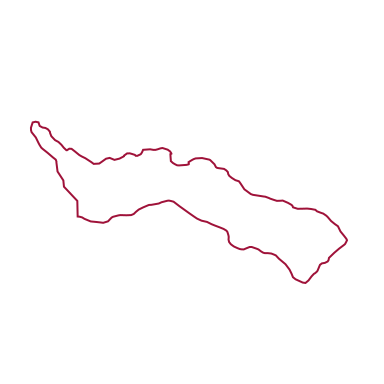 the district of Agion Oros, Ayion Oros, Greece, rotated 335°
{"feature_id": "26713481B40019078264500", "entity_name": "Agion Oros", "entity_type": "district", "adm_level": 2, "iso_a3": "GRC", "parent_name": "Greece", "parent_adm1": "Ayion Oros", "projection": "albers", "projection_center": [24.188, 40.281], "detail": "fine", "context": "isolated", "style": "outline", "palette": "rose", "viewbox_px": 384, "rotation_deg": 335, "n_neighbors": 0, "source": "geoboundaries", "source_scale": "gbopen_adm2", "svg_char_len": 2952}
<svg xmlns="http://www.w3.org/2000/svg" viewBox="0 0 384 384"><g transform="rotate(335 192 192)"><path d="M78.0,165.9L79.7,166.9L81.7,168.6L83.2,170.9L87.8,175.9L92.4,178.6L96.0,180.8L98.5,182.4L103.5,183.1L106.0,182.1L108.4,181.2L110.0,181.1L115.4,182.1L117.2,182.6L122.8,185.4L127.1,187.2L129.9,187.3L132.8,186.3L136.3,185.4L141.3,185.3L146.8,185.5L147.7,185.6L149.6,186.4L157.0,188.4L160.0,188.4L165.9,189.5L167.4,190.0L169.3,191.4L171.2,193.0L174.7,199.7L176.5,202.9L180.6,210.2L183.5,215.2L185.3,218.2L188.5,222.0L193.0,225.5L196.0,229.3L198.6,232.1L202.4,236.0L205.0,238.8L206.7,241.3L207.2,242.8L207.1,244.0L206.7,246.7L206.3,248.2L205.0,250.6L204.5,253.0L205.1,255.7L206.2,257.8L207.1,259.3L209.5,262.1L211.1,263.8L212.5,264.8L214.6,265.9L217.5,266.0L221.0,266.2L222.9,267.1L226.0,270.1L227.2,271.3L228.0,272.2L229.4,274.9L230.8,277.0L231.9,278.0L232.8,278.5L234.8,279.4L237.9,281.3L239.7,283.2L241.2,284.9L242.6,289.2L246.2,296.9L247.6,303.5L247.7,308.2L247.5,311.9L249.0,314.9L254.1,320.9L256.4,322.4L260.2,321.4L264.7,319.0L267.9,317.7L269.3,317.6L271.6,316.9L272.5,316.4L274.7,314.4L277.2,312.1L279.6,311.6L282.5,312.4L285.6,312.3L287.0,311.4L288.3,309.6L295.3,307.2L301.4,305.5L307.9,304.1L308.8,303.8L310.8,302.3L312.1,301.2L312.1,299.6L311.2,295.6L309.9,290.5L309.8,284.7L307.9,281.4L305.8,277.1L304.4,272.0L303.7,270.2L301.8,267.0L300.1,265.4L297.1,262.3L296.3,260.3L292.7,257.7L289.2,255.6L286.8,254.6L280.7,251.9L277.1,248.6L277.2,247.2L276.8,245.8L274.4,242.4L270.6,238.1L268.7,237.4L265.2,235.9L262.8,233.7L260.0,231.0L259.1,229.9L256.4,227.2L255.1,226.4L249.3,222.5L246.0,220.3L244.4,218.7L240.6,211.7L239.6,204.9L239.1,202.2L238.5,201.6L236.3,199.6L234.0,196.0L232.6,193.1L232.4,191.1L232.9,189.1L232.2,186.9L230.8,184.6L226.0,181.5L224.9,180.7L224.2,179.5L224.1,176.4L222.0,170.8L221.4,170.0L215.5,165.5L209.5,163.1L207.3,162.9L205.6,163.0L203.7,163.2L201.5,163.5L201.0,165.3L200.6,165.5L198.5,165.1L191.4,162.4L189.8,161.5L188.5,159.9L187.0,157.7L185.9,155.1L187.3,151.4L188.4,148.6L188.9,148.7L189.5,148.6L189.6,148.2L189.3,146.0L187.9,143.4L184.1,139.9L183.7,139.6L181.7,139.1L179.0,138.8L176.8,138.4L174.8,137.5L172.1,135.6L165.5,133.1L164.3,134.2L163.2,135.1L161.7,136.0L161.1,136.1L157.7,136.1L156.3,135.4L155.9,134.2L153.5,132.0L152.0,130.7L149.5,129.6L145.8,130.3L145.5,130.8L144.6,130.9L140.4,131.1L135.3,130.1L131.8,126.3L128.2,125.5L123.4,126.4L120.6,126.9L119.9,127.0L116.4,125.6L114.8,125.0L113.4,122.4L109.6,116.3L107.1,113.2L105.5,110.9L104.1,108.0L102.9,105.5L101.1,102.0L99.1,100.9L96.3,101.3L95.8,101.0L94.5,97.7L93.6,94.0L92.1,90.2L89.8,87.1L88.1,82.0L88.3,78.6L88.7,77.2L88.5,76.6L87.9,74.3L86.2,72.0L83.8,70.4L81.9,67.8L81.9,67.4L82.3,64.0L79.9,62.2L77.0,61.6L73.2,65.7L72.2,68.0L71.9,70.0L73.5,76.6L73.6,82.6L73.7,84.6L74.1,88.0L74.8,89.7L77.6,95.3L80.5,101.7L82.2,105.1L82.0,107.1L81.6,107.9L78.8,116.6L80.3,127.1L78.2,133.1L84.3,151.6L78.0,165.9Z" fill="none" stroke="#9f1239" stroke-width="2"/></g></svg>